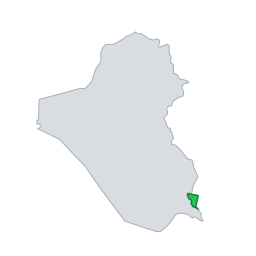 Shat Al-Arab, Al-Basrah, Iraq (highlighted), rotated 12°
{"feature_id": "34846034B66422309861537", "entity_name": "Shat Al-Arab", "entity_type": "district", "adm_level": 2, "iso_a3": "IRQ", "parent_name": "Iraq", "parent_adm1": "Al-Basrah", "projection": "orthographic", "projection_center": [47.816, 30.719], "detail": "fine", "context": "in_parent", "style": "filled", "palette": "green", "viewbox_px": 256, "rotation_deg": 12, "n_neighbors": 0, "source": "geoboundaries", "source_scale": "gbopen_adm2", "svg_char_len": 4093}
<svg xmlns="http://www.w3.org/2000/svg" viewBox="0 0 256 256"><g transform="rotate(12 128 128)"><path d="M107.5,38.2L109.2,37.8L112.6,35.2L114.7,32.8L115.3,32.6L117.0,33.5L118.2,33.8L121.0,32.9L122.7,33.5L124.0,34.2L124.8,34.3L128.5,36.0L129.5,36.3L131.4,36.5L134.3,36.7L136.2,35.7L137.6,34.8L138.5,34.8L139.4,35.1L140.2,35.6L140.8,36.3L141.0,37.4L140.8,40.8L141.0,41.7L141.5,42.4L142.2,42.5L143.0,41.8L144.4,40.8L146.2,39.7L147.5,38.6L148.2,38.2L149.4,38.3L150.5,38.5L151.1,39.1L151.6,40.9L152.9,46.9L153.8,47.7L154.7,48.3L155.4,49.3L155.6,50.2L155.5,51.5L155.5,53.2L155.9,54.4L156.4,55.4L156.9,55.8L157.7,55.9L158.6,56.2L159.2,57.1L161.1,64.0L161.2,64.9L162.1,65.2L163.5,65.1L164.9,65.8L166.4,67.0L167.8,69.1L168.8,69.4L171.8,69.2L176.0,69.6L178.0,70.7L177.7,71.3L176.2,72.1L173.6,72.9L172.7,74.3L172.3,76.2L172.3,77.3L173.0,78.5L174.8,80.9L174.9,81.7L175.2,82.9L175.5,83.7L175.1,85.3L173.4,86.3L171.1,87.5L166.5,92.6L166.1,93.8L166.1,96.8L165.6,97.7L164.2,97.7L163.0,97.5L163.0,98.6L162.2,100.0L161.8,101.3L163.4,104.3L163.6,105.8L163.3,107.3L161.7,109.7L160.8,111.3L161.0,111.7L162.2,112.4L165.9,117.9L167.0,119.8L168.7,119.4L169.3,119.4L169.7,119.7L170.0,120.4L170.0,121.2L169.6,122.4L171.6,122.9L172.3,124.2L174.6,128.5L174.5,129.7L173.3,131.7L173.3,133.0L173.5,134.2L173.9,134.6L177.5,134.9L178.9,135.4L182.6,137.6L186.8,140.9L190.2,143.7L193.1,146.0L196.3,145.9L197.1,146.3L197.9,147.0L198.8,148.9L200.6,153.3L202.1,154.7L204.5,158.2L206.7,161.4L205.3,165.8L203.8,170.4L203.8,176.3L203.8,179.4L206.9,179.6L210.3,179.7L210.3,183.5L210.3,187.3L210.4,191.7L211.4,191.8L213.0,192.8L213.7,194.2L214.5,194.9L215.6,195.1L216.6,195.7L217.6,197.0L218.0,198.0L217.7,198.6L218.0,199.7L218.7,201.4L219.5,202.1L220.9,203.1L219.1,203.6L217.1,203.2L212.9,201.3L211.5,201.3L209.8,202.0L209.7,202.7L205.2,200.5L203.6,200.1L203.1,200.1L200.5,200.1L196.9,200.4L194.8,201.3L193.3,202.2L192.6,203.1L192.4,203.6L191.2,206.3L189.8,209.7L188.4,212.7L185.7,217.0L184.2,219.0L180.9,222.7L177.4,223.4L169.3,222.6L160.4,221.6L151.5,220.6L144.8,219.8L144.3,219.6L137.9,214.1L132.9,209.7L126.6,204.3L120.3,198.7L113.9,193.0L109.2,188.8L103.6,183.5L98.6,178.6L94.6,174.8L89.4,171.3L85.4,168.6L79.6,164.6L75.0,161.5L71.0,158.7L64.9,154.5L62.9,153.3L56.4,151.6L50.3,150.1L44.0,148.5L39.8,147.4L42.8,144.9L42.1,142.4L40.1,142.7L38.1,143.1L37.3,139.3L38.8,138.9L37.9,133.9L36.9,128.7L36.0,123.7L35.1,118.5L40.7,115.7L44.9,113.6L50.7,110.7L56.3,107.8L61.6,105.1L67.5,102.1L72.7,99.4L77.4,98.4L78.4,97.5L80.8,93.5L82.8,90.0L82.9,89.2L83.3,84.2L84.0,78.3L84.8,75.2L86.0,72.4L87.1,70.4L87.3,68.5L87.3,66.6L86.5,63.6L85.7,60.5L86.0,57.6L86.3,56.0L87.1,53.6L88.3,51.8L89.5,50.7L93.8,49.8L96.4,49.2L100.0,46.2L102.1,44.3L105.1,41.4L107.2,39.3L107.4,38.5L107.5,38.2Z" fill="#d9dde1" stroke="#a8b0b8" stroke-width="1"/><path d="M213.0,192.3L212.8,192.1L212.5,192.0L212.2,192.0L211.9,192.0L211.8,191.9L211.7,191.8L211.2,191.6L210.9,191.4L210.8,191.2L210.8,190.8L210.7,189.7L210.7,187.7L210.7,187.3L210.7,186.3L210.7,184.9L210.7,183.1L210.7,182.6L210.7,181.8L210.7,180.9L210.7,180.1L210.6,179.9L210.6,179.6L210.2,179.6L209.8,179.6L209.3,179.6L208.1,179.6L207.9,179.6L207.4,179.6L206.8,179.6L206.7,179.6L206.4,179.7L205.2,179.6L204.2,179.7L203.7,179.7L203.5,179.8L203.4,179.7L203.2,179.6L202.9,179.7L202.7,179.8L202.4,179.9L202.2,179.8L201.9,179.7L201.7,179.6L201.3,179.5L201.0,179.5L200.9,179.5L200.5,179.6L200.2,179.6L200.2,180.0L200.3,180.1L200.2,180.3L199.9,180.4L199.9,180.5L200.0,181.1L200.3,181.7L200.8,182.3L201.1,182.9L201.8,183.8L202.1,184.3L202.4,184.6L202.6,184.7L202.8,184.7L203.2,184.8L203.4,184.9L203.7,185.0L204.0,185.0L204.4,185.2L204.9,185.4L205.1,185.6L205.2,186.0L205.3,186.5L205.4,186.9L205.4,187.4L205.4,187.9L205.5,188.3L205.5,188.8L205.8,189.2L206.0,189.4L206.2,189.5L206.4,189.7L206.7,189.9L206.9,190.2L207.0,190.4L207.1,190.5L207.2,190.8L207.4,191.0L207.7,191.2L207.7,191.3L208.1,191.4L208.3,191.5L208.5,191.5L208.8,191.5L209.1,191.5L209.3,191.5L209.6,191.6L210.2,191.6L210.7,191.8L211.2,191.9L211.7,192.0L212.3,192.1L212.6,192.2L213.0,192.3Z" fill="#22c55e" stroke="#15803d" stroke-width="1.5"/></g></svg>